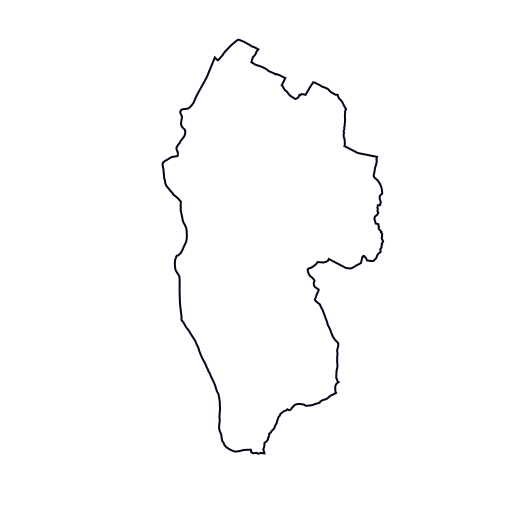 outline of Makete, Njombe, United Republic of Tanzania, rotated 30°
{"feature_id": "72390352B51873582002434", "entity_name": "Makete", "entity_type": "district", "adm_level": 2, "iso_a3": "TZA", "parent_name": "United Republic of Tanzania", "parent_adm1": "Njombe", "projection": "albers", "projection_center": [34.157, -9.274], "detail": "fine", "context": "isolated", "style": "outline", "palette": "ink", "viewbox_px": 512, "rotation_deg": 30, "n_neighbors": 0, "source": "geoboundaries", "source_scale": "gbopen_adm2", "svg_char_len": 6031}
<svg xmlns="http://www.w3.org/2000/svg" viewBox="0 0 512 512"><g transform="rotate(30 256 256)"><path d="M231.2,352.7L234.5,353.9L237.7,355.7L245.4,359.7L246.7,360.5L248.3,361.8L252.4,364.6L253.5,365.9L255.2,367.3L260.2,371.2L264.0,373.5L264.4,373.6L264.6,373.9L266.4,375.0L267.8,376.0L268.7,376.9L271.2,378.4L271.7,379.0L272.8,379.8L274.1,380.4L275.7,381.6L276.9,382.6L282.4,386.3L285.0,388.3L290.2,393.1L290.8,393.3L292.6,394.4L297.7,400.5L299.1,403.1L301.0,405.8L304.6,413.2L305.5,414.7L306.7,416.2L308.6,420.7L309.5,422.4L309.9,422.9L310.2,423.6L310.8,424.4L311.4,424.9L312.2,425.8L314.3,427.3L315.8,428.8L317.3,430.8L318.1,431.8L318.7,432.5L319.7,433.3L321.1,433.8L323.3,435.6L325.2,436.2L326.7,436.5L328.6,436.6L331.1,436.6L333.0,436.4L334.9,436.1L336.4,435.4L339.5,433.0L341.5,430.9L343.3,429.5L348.4,426.3L348.8,426.7L349.6,427.6L349.9,428.3L352.0,428.3L352.5,428.1L354.6,426.4L355.0,426.2L355.3,426.1L356.2,426.3L356.7,426.2L358.3,424.5L360.0,423.5L361.0,423.2L362.0,422.7L360.5,421.1L359.0,419.9L358.7,417.8L358.0,415.9L356.8,413.6L357.8,411.3L358.1,409.0L357.3,407.3L357.5,406.2L357.1,404.9L356.2,403.2L357.0,402.0L357.0,400.2L357.6,397.6L358.1,396.3L357.6,394.6L357.4,392.1L357.4,390.1L356.7,388.2L356.6,386.6L356.0,384.5L356.4,382.5L356.1,380.5L357.8,376.4L359.4,374.6L359.8,373.1L361.9,373.0L362.7,371.8L363.1,370.8L363.0,369.7L363.4,368.6L363.4,367.9L363.6,366.8L364.1,365.9L364.2,365.4L364.7,364.7L366.0,363.5L367.8,362.2L368.3,362.0L369.3,361.8L370.5,361.1L371.9,360.8L373.7,360.8L374.3,360.6L374.7,360.4L376.6,359.1L378.6,357.6L379.4,356.8L380.8,355.2L381.3,354.5L384.5,351.3L384.3,350.2L385.6,347.8L387.1,346.1L388.4,344.9L389.5,342.3L390.3,339.8L392.3,336.9L393.8,334.5L392.6,333.7L391.9,332.7L390.6,330.7L390.1,329.8L389.7,328.8L389.5,327.0L389.9,325.3L390.5,324.0L389.8,324.0L386.3,321.3L383.4,315.7L381.8,310.9L378.6,306.1L376.5,302.2L375.4,299.7L373.8,297.8L373.1,296.1L372.2,292.8L371.5,291.5L370.8,290.4L365.5,288.8L364.6,288.1L363.1,287.6L362.6,287.2L362.3,286.8L361.5,286.4L360.7,285.6L359.7,285.0L356.7,282.4L352.1,279.4L351.1,278.1L340.5,269.3L339.0,268.5L337.7,267.5L336.7,267.0L335.6,266.0L330.7,265.3L328.9,264.5L327.7,258.0L327.4,254.2L327.0,253.7L322.6,253.4L320.8,252.4L319.4,250.3L319.2,248.4L317.9,247.4L314.5,246.4L312.8,246.4L310.3,244.9L307.9,242.6L307.4,241.3L308.8,239.3L309.3,239.1L310.7,236.6L312.0,233.3L312.4,230.5L312.6,230.5L313.9,229.7L317.7,227.9L319.9,225.6L320.7,224.1L320.5,222.2L339.7,221.4L341.9,220.6L343.2,220.0L344.9,218.8L346.4,216.4L347.6,214.0L348.7,212.4L350.4,209.6L348.6,203.6L348.8,202.7L349.0,202.2L349.6,201.9L350.5,202.5L351.9,202.5L354.4,204.3L356.6,203.5L360.1,201.7L361.2,197.8L360.7,194.9L360.7,193.3L361.1,192.0L361.9,190.1L360.2,187.9L360.5,186.6L360.4,185.5L359.9,185.1L359.3,183.5L359.4,182.7L358.7,182.2L358.7,180.9L358.9,180.0L358.6,179.5L355.9,177.8L355.8,176.6L355.4,176.2L354.3,173.8L352.5,173.0L352.5,172.3L349.6,171.4L348.5,170.9L348.1,169.5L347.1,168.8L346.5,167.7L346.1,167.3L345.3,167.4L343.5,168.0L342.4,167.0L341.7,166.1L340.7,165.4L339.9,164.6L339.3,162.7L339.8,160.9L340.4,159.5L340.4,158.8L340.1,157.1L339.0,156.7L338.6,156.1L338.1,154.5L337.1,153.6L336.1,151.1L337.8,150.2L337.9,149.1L337.4,148.4L337.3,147.2L336.9,146.7L334.5,144.6L333.2,142.4L333.4,140.9L334.1,139.0L333.6,138.0L330.6,134.1L327.1,131.4L323.6,129.7L319.4,128.9L317.7,127.8L317.1,125.6L315.1,120.3L314.2,116.5L313.3,113.7L311.9,111.9L311.3,109.6L292.7,115.9L277.7,116.6L277.8,116.0L277.1,115.0L275.6,112.4L274.0,110.2L273.7,110.1L273.2,109.6L272.8,109.4L271.1,107.0L270.9,105.8L270.7,105.4L270.1,104.8L269.6,104.2L269.3,103.2L269.3,102.5L269.0,101.8L268.1,100.6L267.6,98.6L266.9,97.6L266.4,96.2L265.4,94.1L262.1,88.8L261.6,87.4L261.0,86.5L260.6,85.3L260.5,84.1L260.6,83.8L257.8,82.3L253.7,79.5L250.4,78.3L249.2,78.1L247.1,76.5L246.9,76.5L246.4,75.7L245.3,76.0L244.2,76.6L238.9,76.6L236.4,76.0L236.1,75.7L234.5,75.4L232.5,75.6L230.5,75.8L229.6,76.1L228.0,76.3L226.1,76.1L225.2,76.1L223.3,76.4L221.9,76.3L220.2,76.6L219.2,76.7L218.8,76.9L218.6,77.1L218.6,79.0L218.3,83.8L218.4,84.9L218.3,86.9L218.4,91.6L214.5,92.9L214.0,94.6L213.5,94.7L213.1,94.7L213.3,97.3L212.9,98.7L211.5,100.4L205.3,100.1L202.3,99.0L200.9,98.3L197.9,97.8L195.6,96.6L194.5,95.7L192.9,95.3L192.7,90.8L192.5,88.4L192.4,87.2L191.2,87.4L186.0,87.6L182.3,88.3L182.2,88.9L179.9,88.9L174.7,89.5L172.4,89.1L170.9,89.0L167.2,89.2L164.6,89.6L159.6,90.7L157.9,90.5L155.1,90.5L153.9,85.3L154.6,82.6L154.6,80.4L154.2,79.0L154.7,75.9L152.8,75.9L149.7,76.1L147.4,76.6L145.5,76.4L138.0,76.5L137.2,76.7L133.3,77.2L132.3,77.7L131.0,80.7L129.0,86.3L127.0,94.6L126.7,97.0L126.6,99.2L126.2,101.0L125.8,103.3L125.3,105.2L125.0,105.6L123.1,105.3L121.1,104.6L124.0,126.1L124.4,147.0L125.3,154.8L124.8,158.7L124.1,160.7L123.3,162.4L119.4,165.4L118.2,166.6L118.3,169.1L119.0,170.0L121.6,171.8L122.6,172.9L123.7,176.1L125.0,179.2L126.2,180.2L127.0,181.1L130.6,182.1L131.5,182.4L132.0,182.8L132.7,184.0L132.9,184.6L133.3,184.9L133.6,185.6L133.6,185.8L133.8,186.9L134.0,188.7L133.2,194.3L133.3,195.2L133.4,196.5L133.2,196.8L133.0,198.5L133.0,200.0L132.9,200.3L132.9,201.5L133.2,202.5L134.7,204.1L136.1,205.1L136.7,205.7L137.0,206.3L137.0,206.5L137.0,206.4L138.1,207.9L137.9,208.9L136.6,210.0L135.4,210.8L133.9,212.2L133.6,212.3L133.0,213.3L130.1,218.5L129.9,218.6L129.0,220.9L129.0,222.3L128.9,222.3L129.3,223.4L129.8,224.2L132.9,227.7L134.3,229.9L135.7,231.7L137.5,234.5L138.9,235.5L141.0,238.3L143.1,239.9L145.9,241.1L146.9,241.3L148.7,242.2L152.2,243.2L153.4,244.0L154.5,244.3L156.5,244.5L158.3,244.8L160.3,245.3L162.3,246.1L163.6,246.4L164.1,247.2L165.2,249.4L166.8,251.9L167.7,253.8L174.1,260.9L174.6,261.8L174.8,261.8L176.8,263.5L179.1,264.8L180.0,265.6L181.1,266.3L181.6,266.7L183.4,268.9L185.0,271.4L186.7,274.3L187.7,276.5L188.4,278.7L188.9,284.6L189.4,288.8L189.2,291.7L188.4,294.2L187.8,295.0L187.2,295.4L187.9,299.7L189.3,302.8L191.3,306.0L193.6,308.6L199.8,311.9L201.6,314.5L206.5,323.1L213.1,333.9L215.7,337.6L221.7,345.6L223.4,348.6L226.5,349.9L231.2,352.7Z" fill="none" stroke="#020617" stroke-width="2"/></g></svg>